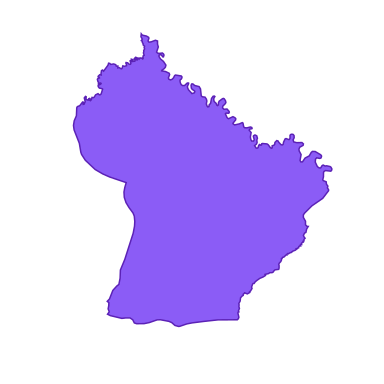 outline of Nong Hi, Roi Et, Thailand, rotated 194°
{"feature_id": "78962969B92909232830049", "entity_name": "Nong Hi", "entity_type": "district", "adm_level": 2, "iso_a3": "THA", "parent_name": "Thailand", "parent_adm1": "Roi Et", "projection": "albers", "projection_center": [104.018, 15.58], "detail": "fine", "context": "isolated", "style": "filled", "palette": "violet", "viewbox_px": 384, "rotation_deg": 194, "n_neighbors": 0, "source": "geoboundaries", "source_scale": "gbopen_adm2", "svg_char_len": 6018}
<svg xmlns="http://www.w3.org/2000/svg" viewBox="0 0 384 384"><g transform="rotate(194 192 192)"><path d="M324.2,245.8L322.6,238.0L323.5,232.6L323.1,227.9L321.4,223.7L313.1,212.0L309.5,203.7L308.2,201.7L303.2,197.0L291.4,190.4L282.8,187.9L275.2,186.6L258.1,185.2L258.3,180.1L258.0,175.5L256.4,170.4L253.5,165.8L249.4,161.7L244.2,157.4L242.2,154.7L240.4,149.6L239.5,144.9L239.1,137.7L240.9,110.4L242.6,99.0L240.9,90.9L240.6,84.6L242.2,82.6L245.0,77.4L246.2,68.2L247.8,65.4L245.9,64.5L245.3,61.6L245.1,58.3L243.3,55.7L244.4,53.0L241.4,52.3L229.5,52.4L225.8,53.8L221.7,54.8L218.6,53.7L216.3,51.0L213.9,50.8L206.6,52.7L201.8,55.0L194.9,59.5L191.8,60.4L183.2,60.9L180.1,60.4L176.3,58.4L172.5,58.3L171.4,58.7L165.2,62.7L160.3,65.0L149.2,69.3L135.9,74.2L117.1,79.0L116.4,80.2L116.2,81.8L118.2,85.7L118.2,86.6L117.5,87.0L118.2,88.2L117.8,90.5L118.7,92.0L119.0,93.9L119.6,95.1L118.9,97.8L119.3,101.1L118.3,103.0L117.3,104.1L117.6,105.2L116.8,106.2L116.6,106.9L113.7,106.5L111.6,108.5L112.0,109.1L111.3,110.0L110.4,112.9L111.2,114.2L110.9,117.4L110.6,118.0L109.6,118.3L108.9,120.2L107.4,122.2L105.2,124.7L102.5,126.7L100.5,128.8L101.2,129.7L97.9,131.4L97.1,132.5L94.8,133.1L93.9,133.9L93.2,135.8L92.5,136.6L89.2,137.9L89.1,139.2L89.7,141.7L90.3,142.7L90.1,144.1L89.0,146.0L88.7,148.0L89.1,148.8L88.5,149.4L88.4,150.4L87.1,151.1L85.3,153.9L84.6,153.9L84.7,154.8L84.1,155.5L83.5,155.3L82.5,156.5L81.1,157.3L81.0,157.8L80.1,158.4L79.9,159.0L77.8,160.4L76.7,161.8L77.2,161.8L77.3,162.2L75.9,162.7L75.7,163.4L75.0,163.7L75.2,164.6L74.8,165.4L73.5,166.0L74.1,166.7L73.7,167.5L72.9,167.6L73.3,168.5L72.9,169.5L71.9,170.3L72.4,171.0L71.5,171.6L71.9,173.1L71.1,174.5L72.5,175.6L73.4,176.9L72.8,179.4L71.7,180.3L71.8,183.8L70.9,186.7L72.1,186.5L73.9,187.6L74.8,191.1L77.8,194.3L78.4,196.8L77.5,199.0L72.3,207.6L63.6,217.5L59.8,226.3L60.1,227.4L61.6,228.7L61.6,230.6L63.4,232.1L64.3,234.4L67.3,234.8L68.1,235.5L68.1,238.5L69.1,242.7L68.9,243.9L67.6,245.1L62.3,245.8L61.7,247.2L61.9,248.3L63.2,249.7L64.2,250.1L67.7,250.0L69.1,249.4L71.3,249.9L72.2,249.0L72.9,246.7L73.6,246.2L75.1,246.3L76.7,247.2L79.6,250.8L80.1,253.8L79.3,255.3L76.1,255.5L75.1,256.2L74.9,257.8L75.3,258.7L76.3,259.3L82.3,261.1L85.0,260.5L85.9,259.2L87.0,255.4L90.5,252.3L92.1,248.0L93.6,247.5L94.8,248.7L95.2,254.7L97.9,257.7L98.6,259.4L98.3,261.5L95.5,264.1L95.5,265.6L97.3,266.6L102.3,265.2L105.4,265.2L106.5,267.0L106.0,269.3L106.6,271.4L107.7,272.3L109.0,272.3L110.1,271.7L110.6,270.8L109.9,267.8L110.3,266.5L110.9,266.3L113.7,266.6L114.5,266.0L115.2,262.6L115.1,260.2L115.6,259.6L117.0,259.4L119.8,261.2L120.8,262.3L122.2,262.4L123.5,260.2L123.3,258.1L124.1,257.0L125.4,256.3L124.9,254.3L125.3,253.7L126.6,253.9L129.5,256.3L130.8,256.8L135.4,256.1L136.0,255.7L135.9,254.6L136.4,254.1L137.1,254.0L137.4,254.4L138.1,254.4L138.6,253.0L138.6,251.0L139.4,250.3L140.3,250.1L142.5,252.1L141.1,254.0L140.8,255.7L141.7,258.2L141.5,260.0L142.8,262.2L144.7,262.6L145.9,261.5L145.9,260.7L144.3,257.9L144.6,256.3L146.4,255.9L147.6,257.1L148.7,259.5L149.0,264.0L151.5,265.8L151.3,266.9L149.2,267.9L149.1,268.4L149.7,269.1L151.1,269.2L154.3,267.5L156.5,267.1L157.6,267.8L159.2,271.2L160.0,271.5L162.6,269.5L166.9,267.4L168.5,268.0L168.9,268.6L167.1,272.5L167.3,273.8L168.4,274.5L170.5,275.0L174.2,272.0L175.1,272.1L176.0,272.7L178.5,275.9L178.0,276.8L175.4,277.3L175.1,278.4L175.5,279.2L178.1,281.0L181.0,280.0L182.7,281.0L182.9,282.7L181.0,285.9L180.8,287.2L181.7,288.8L183.4,290.3L184.2,290.4L185.0,289.9L187.6,286.7L187.9,285.2L187.5,282.8L188.2,282.0L188.9,282.3L190.1,283.9L192.3,285.1L193.1,286.5L193.5,288.0L192.9,290.2L193.6,290.5L194.7,290.0L195.7,287.5L195.4,282.5L196.4,280.8L196.3,278.9L197.3,278.4L198.3,279.2L199.4,280.9L199.6,283.9L200.5,285.6L202.3,287.2L205.1,286.9L206.3,287.6L208.7,294.1L210.6,296.0L215.1,296.0L217.4,297.1L218.5,296.7L218.7,295.2L217.8,292.7L216.6,291.6L214.0,290.7L213.5,290.0L213.9,288.6L215.9,287.5L220.1,290.3L221.4,291.9L222.0,293.3L221.5,296.3L221.7,296.9L222.5,296.8L223.2,296.3L225.0,293.5L226.9,293.0L228.5,293.6L229.7,295.1L230.6,296.9L230.5,298.1L229.7,299.0L229.4,300.4L229.6,301.3L230.5,302.0L236.3,301.5L237.0,300.8L237.6,298.2L238.6,296.5L240.1,295.5L242.0,296.0L242.5,297.1L242.1,300.5L242.9,301.7L246.8,302.5L250.7,302.2L250.7,302.8L248.8,305.0L248.0,306.7L248.0,308.8L251.3,311.8L254.8,313.5L256.8,315.5L257.1,316.9L255.8,317.6L254.9,317.5L252.9,316.0L252.4,316.2L252.3,318.1L253.1,319.1L254.4,319.7L256.9,318.7L258.9,318.4L260.2,319.2L259.8,324.6L261.2,327.1L262.0,330.2L264.2,330.4L267.8,327.9L269.9,327.0L270.9,327.5L271.2,328.1L271.0,330.8L271.5,331.6L273.9,332.3L278.2,332.2L279.5,333.2L279.1,330.3L277.2,328.3L277.8,326.6L276.8,326.3L276.3,325.0L275.3,324.1L275.0,322.9L273.3,322.0L273.4,320.6L272.6,319.4L273.1,317.6L272.7,316.4L272.8,315.2L271.5,313.1L272.4,312.1L271.7,309.6L272.2,309.2L272.8,310.0L273.7,309.5L274.9,309.6L275.5,308.1L276.8,309.0L277.2,308.4L277.0,307.0L277.8,306.8L278.5,307.3L278.4,309.0L279.3,309.1L280.3,307.4L279.1,305.9L279.1,305.1L280.3,304.6L281.0,305.1L281.3,306.1L282.8,306.2L281.7,304.1L282.3,303.9L283.3,304.9L283.8,304.3L282.4,301.9L282.6,301.1L283.1,300.8L284.5,301.0L285.6,301.8L287.3,301.7L287.4,301.1L286.3,299.6L286.1,298.7L288.0,297.6L289.6,297.7L289.8,294.9L290.5,294.4L292.9,295.1L294.0,294.5L294.4,296.3L295.9,295.8L296.8,297.1L299.0,297.3L301.7,296.1L302.9,296.9L304.1,296.8L304.2,294.7L307.0,287.9L308.3,288.7L309.2,287.9L308.9,284.7L308.4,283.6L309.9,283.5L311.0,281.7L311.0,281.1L309.7,280.8L309.4,280.3L310.8,279.3L311.1,278.5L310.2,276.7L309.5,276.1L309.0,274.5L307.5,275.6L306.5,275.4L306.7,274.5L308.8,272.9L308.8,272.2L308.2,271.3L307.0,270.4L304.2,270.5L303.6,270.2L303.9,265.1L304.7,264.1L305.4,263.9L307.0,264.7L309.1,262.9L309.8,260.4L310.5,259.7L311.9,259.6L312.0,257.2L312.7,256.0L313.3,256.2L313.2,257.6L313.9,258.1L314.8,257.5L315.0,256.0L317.0,256.2L317.4,256.8L317.7,258.8L318.5,259.0L319.3,257.2L317.5,253.9L318.0,251.0L318.8,250.7L319.2,252.9L319.9,252.9L321.8,248.6L323.9,247.1L324.2,245.8Z" fill="#8b5cf6" stroke="#5b21b6" stroke-width="1.5"/></g></svg>